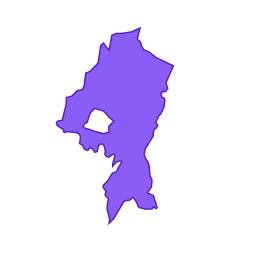 map outline of Vas (Robinson projection), rotated 305°
{"feature_id": "HUN-3138", "entity_name": "Vas", "entity_type": "County", "adm_level": 1, "iso_a3": "HUN", "parent_name": "Hungary", "parent_adm1": "", "projection": "robinson", "projection_center": [16.563, 47.075], "detail": "fine", "context": "isolated", "style": "filled", "palette": "violet", "viewbox_px": 256, "rotation_deg": 305, "n_neighbors": 0, "source": "natural_earth", "source_scale": "10m", "svg_char_len": 2168}
<svg xmlns="http://www.w3.org/2000/svg" viewBox="0 0 256 256"><g transform="rotate(305 128 128)"><path d="M96.4,69.8L112.1,63.7L117.6,60.0L118.0,60.3L119.8,62.2L121.8,63.6L129.4,65.0L133.4,68.5L137.6,67.8L148.7,61.9L152.3,64.4L164.2,66.2L179.9,58.4L183.6,59.3L182.1,63.1L180.8,67.9L194.7,61.6L198.6,64.0L202.0,68.7L208.6,75.6L216.8,80.5L207.0,84.2L205.8,85.3L205.8,88.0L204.8,90.1L202.9,91.7L201.2,96.2L202.4,101.4L201.8,110.3L204.9,129.5L186.9,133.2L182.9,138.1L181.2,137.7L179.6,138.0L178.5,137.0L178.1,135.5L174.6,135.5L172.6,138.1L173.2,140.3L172.0,142.3L165.9,145.4L159.1,146.7L155.5,146.3L148.7,147.5L147.1,150.9L144.3,151.1L141.1,150.1L135.9,153.2L121.2,154.0L115.7,156.3L113.2,159.7L111.4,164.0L108.8,167.4L102.1,172.7L99.1,177.5L92.9,181.1L85.9,181.1L87.2,187.5L80.1,196.8L79.3,197.6L79.1,197.5L78.0,197.1L77.9,194.0L75.9,194.3L74.5,192.9L73.3,190.8L71.6,189.0L69.6,183.7L69.2,183.0L69.4,182.3L69.8,180.9L71.2,179.0L71.7,178.2L72.7,176.1L73.6,173.9L73.9,172.2L73.3,171.3L71.1,171.2L69.8,170.6L69.1,169.9L66.9,167.6L65.4,166.8L51.8,167.8L45.3,168.3L44.5,168.2L39.2,167.0L41.6,166.1L43.5,164.5L48.8,158.3L50.5,156.8L54.3,154.5L57.3,153.3L58.4,152.7L59.4,151.3L59.4,150.2L59.3,149.2L59.7,148.1L61.2,147.0L62.6,146.7L63.8,145.9L64.5,143.1L65.9,141.0L67.9,140.8L73.4,141.8L79.4,141.1L82.5,141.5L85.0,143.1L85.8,143.6L86.6,143.8L87.3,143.6L87.9,143.1L90.4,142.7L94.2,142.7L97.0,142.1L96.3,140.1L94.2,138.5L92.1,137.9L87.9,137.4L89.8,136.0L96.3,133.7L98.0,132.8L98.6,131.8L98.1,130.9L96.3,130.1L93.4,129.3L92.3,126.8L93.2,124.2L96.3,122.5L99.7,118.7L100.4,116.6L98.6,114.3L96.2,114.1L91.2,116.2L89.2,115.1L89.3,114.1L90.5,110.9L90.5,109.3L89.5,108.1L88.2,108.0L87.1,108.1L86.2,107.5L85.7,104.4L87.9,100.4L87.5,97.2L92.0,95.1L94.1,93.5L95.1,91.0L94.5,88.0L90.0,80.0L89.6,79.7L89.0,79.4L88.3,79.1L87.9,78.4L88.0,77.4L88.6,76.9L89.4,76.5L89.7,76.0L89.3,69.0L90.8,66.6L92.6,66.2L94.6,67.4L96.4,69.8ZM122.4,89.2L118.6,88.4L109.1,91.3L107.4,90.1L103.6,90.1L103.0,92.3L104.6,96.9L106.4,103.3L109.5,111.6L113.9,114.7L118.0,111.4L121.4,111.8L125.5,112.6L125.8,106.9L126.9,102.7L127.9,97.8L124.7,89.0L122.4,89.2Z" fill="#8b5cf6" stroke="#5b21b6" stroke-width="1.5"/></g></svg>